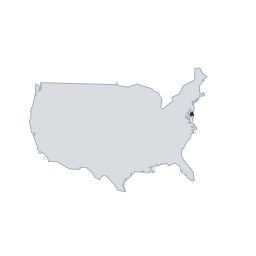 location of Sussex, Delaware, United States of America, rotated 339°
{"feature_id": "52423323B18332977345719", "entity_name": "Sussex", "entity_type": "district", "adm_level": 2, "iso_a3": "USA", "parent_name": "United States of America", "parent_adm1": "Delaware", "projection": "orthographic", "projection_center": [-75.391, 38.706], "detail": "fine", "context": "in_parent", "style": "filled", "palette": "slate", "viewbox_px": 256, "rotation_deg": 339, "n_neighbors": 0, "source": "geoboundaries", "source_scale": "gbopen_adm2", "svg_char_len": 4165}
<svg xmlns="http://www.w3.org/2000/svg" viewBox="0 0 256 256"><g transform="rotate(339 128 128)"><path d="M194.7,108.5L207.4,106.9L211.9,96.4L216.6,97.8L217.2,104.1L220.3,108.0L215.6,109.9L215.4,111.1L214.5,109.7L213.5,112.2L209.8,114.2L207.5,120.6L209.8,123.1L211.2,122.7L210.8,121.6L211.3,122.1L211.5,123.4L207.3,124.5L206.4,123.1L206.1,125.1L201.2,125.7L197.5,128.3L197.8,126.8L197.5,125.9L196.5,129.3L197.5,129.9L197.2,132.8L194.7,136.5L192.0,134.2L193.6,131.9L191.8,133.5L192.5,136.1L193.6,137.5L193.8,139.2L190.5,145.1L191.5,141.4L189.0,137.8L190.7,134.1L188.2,135.2L189.0,140.8L186.6,139.0L185.7,139.2L186.5,137.5L186.5,137.0L185.6,138.3L185.6,139.5L189.3,141.7L188.4,142.6L186.8,140.7L186.2,140.3L188.2,142.7L189.1,143.2L188.5,144.6L187.4,143.5L189.2,145.6L188.7,145.9L187.9,144.8L185.6,144.2L188.4,146.3L190.2,146.3L191.9,151.4L190.4,147.4L190.9,150.0L187.4,149.4L189.9,152.0L191.1,151.3L189.5,153.5L186.2,152.7L188.2,153.9L186.4,155.0L188.5,155.9L184.7,156.4L182.6,160.0L179.1,160.9L172.0,167.3L171.1,166.5L168.2,172.4L167.9,173.9L168.7,178.6L173.0,192.6L171.0,199.7L168.3,200.0L165.9,196.0L165.6,192.7L162.2,188.8L163.5,187.2L161.7,187.1L162.8,182.4L158.9,177.3L152.3,177.7L151.4,174.8L145.1,173.8L146.0,172.9L144.8,173.8L141.9,173.9L142.1,171.8L141.5,173.2L132.8,172.3L136.3,173.9L134.8,175.7L137.4,178.0L135.8,178.8L133.0,175.8L132.6,177.7L128.4,176.1L126.4,173.2L124.8,174.2L119.0,171.1L115.0,173.0L116.0,172.5L114.3,171.4L112.7,174.5L108.7,175.8L109.6,175.3L107.3,174.4L107.9,175.8L104.8,176.5L103.1,179.9L101.9,179.0L102.8,180.2L102.4,183.6L103.2,186.0L102.3,186.5L95.9,182.1L95.4,176.8L90.5,164.9L87.1,163.3L82.9,166.1L79.4,162.1L78.7,157.0L74.9,149.8L69.0,147.5L68.4,149.4L59.0,145.5L49.5,133.9L42.0,130.8L42.3,127.0L40.6,122.3L35.7,116.3L36.7,114.0L36.8,100.9L37.4,99.9L37.7,101.9L38.2,99.3L40.3,100.4L36.4,98.2L38.2,86.7L41.6,82.3L43.7,76.1L46.7,73.3L53.4,63.5L54.9,65.0L53.3,63.2L55.6,60.8L54.9,60.4L57.5,54.1L60.8,57.8L58.1,60.2L60.8,59.0L59.1,61.4L57.8,61.4L58.4,62.0L59.8,61.4L61.6,59.1L63.0,54.5L133.0,83.5L133.5,81.8L134.3,85.0L142.7,89.9L152.4,90.3L164.4,100.0L164.7,102.1L169.0,106.0L169.7,114.3L165.7,120.7L167.0,123.0L180.0,118.5L179.7,115.4L180.8,114.9L187.6,114.8L194.7,108.5ZM202.7,127.0L204.8,126.6L197.3,128.8L203.5,126.2L202.7,127.0ZM61.8,57.1L61.3,59.0L61.1,59.2L61.1,57.5L61.8,57.1ZM103.2,185.4L102.8,182.2L103.2,180.5L103.0,182.3L103.2,185.4ZM216.1,110.1L216.1,111.1L215.8,110.9L216.1,110.1ZM126.4,174.1L126.4,174.9L125.8,174.2L126.4,174.1ZM36.9,120.3L37.7,120.3L37.7,120.5L36.9,120.3ZM36.3,119.6L35.8,119.9L35.7,119.3L36.3,119.6ZM209.2,124.6L208.6,125.2L209.2,124.6ZM104.0,179.1L103.2,180.3L104.9,178.0L104.0,179.1ZM171.8,188.1L172.6,190.8L171.6,187.8L171.8,188.1ZM39.5,124.5L39.6,125.3L39.5,124.5L39.5,124.5ZM171.4,200.2L170.5,201.0L171.9,199.3L171.4,200.2ZM192.2,153.1L191.3,154.2L192.1,151.6L192.2,153.1ZM62.1,55.4L61.8,55.9L61.7,55.5L62.1,55.4ZM107.8,176.3L106.4,176.6L107.9,176.1L107.8,176.3ZM211.2,124.7L211.2,125.4L210.6,125.3L211.2,124.7ZM38.7,126.3L38.6,127.3L38.6,126.4L38.7,126.3ZM106.0,177.0L105.4,177.2L106.0,176.8L106.0,177.0ZM193.4,140.3L192.5,141.8L193.6,139.8L193.4,140.3ZM114.5,173.5L113.6,173.9L115.0,173.2L114.5,173.5ZM168.3,173.2L168.1,174.3L168.1,173.5L168.3,173.2ZM188.8,156.1L188.5,156.3L189.4,155.5L188.8,156.1ZM154.7,177.8L153.5,178.2L153.1,178.1L154.7,177.8ZM141.5,173.6L141.3,173.8L140.7,173.7L141.5,173.6ZM164.4,192.8L164.5,193.6L164.2,192.6L164.4,192.8ZM138.6,174.8L138.3,175.5L138.4,174.2L138.6,174.8ZM168.7,201.9L168.1,201.9L169.0,201.8L168.7,201.9ZM197.0,133.3L196.6,134.0L197.1,133.0L197.0,133.3ZM190.7,154.4L190.3,154.6L190.2,154.6L190.7,154.4Z" fill="#d9dde1" stroke="#a8b0b8" stroke-width="1"/><path d="M191.3,138.2L191.3,138.3L191.3,138.6L191.4,138.9L191.4,139.0L191.5,139.0L191.8,139.0L192.0,139.0L192.3,139.1L192.5,139.1L192.9,139.1L193.0,139.1L193.4,139.1L193.6,139.1L193.7,138.9L193.7,138.3L193.7,138.2L193.6,137.7L193.6,137.4L193.5,137.5L193.4,137.5L193.2,137.4L193.1,137.2L192.9,137.1L192.8,136.9L192.7,136.7L192.4,136.7L192.4,136.9L192.2,136.9L192.1,137.0L191.9,137.3L191.3,137.3L191.3,137.6L191.3,137.9L191.3,138.2Z" fill="#64748b" stroke="#1e293b" stroke-width="1.5"/></g></svg>